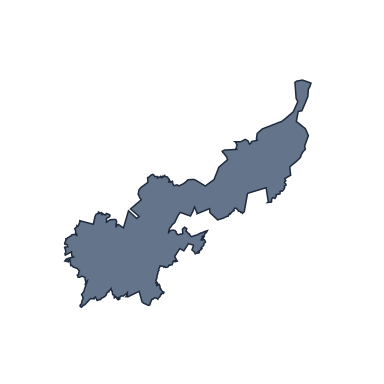 Iguala de la Independencia, Guerrero, Mexico (Equal Earth projection), rotated 218°
{"feature_id": "50627088B62189506174219", "entity_name": "Iguala de la Independencia", "entity_type": "district", "adm_level": 2, "iso_a3": "MEX", "parent_name": "Mexico", "parent_adm1": "Guerrero", "projection": "equal_earth", "projection_center": [-99.567, 18.192], "detail": "fine", "context": "isolated", "style": "filled", "palette": "slate", "viewbox_px": 384, "rotation_deg": 218, "n_neighbors": 0, "source": "geoboundaries", "source_scale": "gbopen_adm2", "svg_char_len": 6003}
<svg xmlns="http://www.w3.org/2000/svg" viewBox="0 0 384 384"><g transform="rotate(218 192 192)"><path d="M165.3,351.1L173.9,348.2L177.8,343.8L178.4,341.8L167.6,329.9L164.2,328.3L162.1,319.7L161.5,317.8L164.5,303.4L175.4,285.1L176.7,278.3L174.0,273.6L172.4,273.0L176.2,268.3L175.6,266.9L176.2,265.1L179.2,266.7L182.4,266.3L184.6,261.5L189.0,258.1L187.4,258.1L186.9,257.3L185.9,257.1L185.2,256.3L185.1,255.6L184.2,253.9L184.2,253.2L183.1,253.0L192.2,245.1L193.3,242.7L191.7,242.1L191.2,242.4L190.3,241.9L186.1,240.9L183.9,239.3L186.1,228.0L182.3,215.5L185.2,204.9L196.9,203.5L198.7,202.8L202.8,199.0L203.0,196.7L203.9,193.1L205.8,189.3L206.7,188.6L208.1,188.5L210.0,186.0L212.0,186.6L213.6,187.8L213.6,188.1L214.2,188.3L214.3,187.6L215.3,186.8L215.1,186.4L215.8,186.3L215.9,187.1L216.6,187.0L216.7,186.2L217.6,188.0L218.9,188.0L220.4,188.7L223.1,187.7L223.5,188.0L223.6,187.4L223.9,187.6L224.1,186.0L224.7,186.5L225.0,186.3L225.1,185.7L224.6,184.7L225.2,184.4L226.3,184.9L226.3,183.8L227.3,183.5L227.3,182.6L227.8,181.7L228.9,182.8L230.9,181.3L233.1,182.0L233.9,181.6L234.7,180.1L235.1,176.9L235.9,176.1L232.7,172.4L235.0,164.3L235.1,161.1L232.9,156.9L232.4,157.0L229.7,155.3L227.2,154.7L230.0,140.8L218.7,140.2L219.4,137.1L230.5,138.1L223.9,121.5L230.2,121.1L230.5,120.5L230.6,119.7L230.4,119.2L230.6,118.6L230.4,118.6L230.4,118.0L231.3,118.7L233.1,122.3L235.1,123.3L236.8,122.2L239.5,119.7L240.1,117.6L240.5,117.2L240.7,116.2L240.5,115.6L240.8,115.4L241.1,116.2L242.8,117.9L242.9,119.4L242.3,120.2L241.7,121.8L242.2,123.1L243.0,123.4L246.9,122.2L246.2,122.1L246.1,121.6L246.0,121.0L246.5,120.3L250.2,119.9L249.3,118.9L251.5,119.1L252.0,118.2L252.3,118.7L253.1,118.8L253.0,118.5L253.6,118.9L252.7,117.3L253.3,116.7L253.8,115.2L253.4,113.1L249.9,105.8L262.8,100.3L261.8,99.2L261.2,96.3L260.7,95.1L261.2,94.1L261.9,94.4L261.4,93.1L261.9,90.9L259.7,89.7L258.6,88.1L256.6,87.6L256.0,87.0L258.2,86.5L260.1,84.7L260.4,84.1L260.3,82.6L261.0,81.6L261.2,80.6L262.0,78.9L261.8,78.2L262.2,77.6L262.6,77.4L261.7,76.4L260.8,73.2L260.3,72.7L259.5,72.6L258.7,73.5L257.8,73.6L256.2,72.3L257.3,71.1L258.2,70.5L258.3,69.9L255.9,68.4L254.6,67.1L254.0,65.0L253.0,64.2L250.1,70.6L247.5,67.8L245.4,67.9L248.8,63.4L248.6,62.2L249.8,61.9L249.7,59.3L246.3,60.9L246.9,62.3L246.8,63.8L242.6,59.7L242.6,60.0L239.4,59.8L235.3,61.1L232.0,60.4L231.8,58.9L230.6,57.3L231.2,55.9L230.8,55.9L229.4,54.7L227.9,55.7L227.3,57.4L226.8,57.9L224.0,58.8L220.3,55.6L219.8,57.6L218.8,54.8L219.2,54.6L219.4,53.7L218.8,53.9L218.4,53.4L215.9,46.7L215.9,43.1L213.8,42.4L213.5,41.8L212.3,41.3L211.5,37.9L211.0,37.3L210.4,35.7L210.1,35.5L210.4,34.6L210.1,34.1L210.4,33.8L209.5,32.9L208.1,33.2L207.8,36.0L207.0,37.4L206.4,45.4L203.3,47.5L204.0,48.4L203.6,49.8L200.0,48.1L198.6,50.3L197.9,50.8L197.8,52.9L197.1,54.0L196.2,56.6L196.4,57.4L196.2,57.7L197.0,60.4L196.5,61.8L196.1,62.1L196.3,62.9L196.6,63.0L196.2,65.0L196.3,66.0L195.2,65.0L194.1,64.8L191.3,62.3L190.0,62.8L188.0,60.7L187.8,61.3L188.1,62.6L187.8,62.7L184.7,61.6L183.8,61.6L183.5,62.2L184.8,62.7L185.2,63.4L184.8,63.7L183.9,63.3L183.3,63.5L184.0,64.3L184.0,65.8L183.6,66.7L182.0,67.7L181.8,69.2L181.0,71.3L181.0,73.0L179.8,71.4L179.6,68.9L178.5,70.0L178.0,69.8L172.5,81.2L163.8,74.7L161.5,74.6L156.8,75.8L156.1,76.1L155.8,77.1L156.4,79.1L156.9,79.3L157.0,81.0L157.6,82.5L156.5,83.9L156.5,85.5L156.3,85.7L154.3,86.6L152.9,86.5L153.2,87.9L152.9,90.1L153.4,91.6L153.1,92.2L153.5,92.5L153.3,93.6L152.2,94.2L152.1,95.1L152.4,95.8L153.5,95.3L156.4,96.0L156.8,96.4L157.3,96.0L159.2,98.0L160.9,99.0L161.5,98.7L161.5,97.9L162.2,96.5L162.7,96.9L162.4,98.0L163.2,99.1L163.7,99.1L164.3,98.0L164.6,98.0L164.3,99.2L166.3,100.3L166.4,102.0L168.3,105.2L168.8,106.9L169.7,108.4L169.8,110.0L170.4,110.2L171.0,111.5L171.1,112.6L171.7,114.1L169.0,115.6L168.0,115.4L168.0,115.9L167.4,116.5L166.9,116.7L166.5,116.3L165.5,117.0L164.7,118.7L165.1,119.4L165.0,120.3L164.8,120.6L164.4,120.5L162.9,122.5L164.1,126.1L163.9,126.5L163.7,126.2L162.9,126.5L163.3,127.1L163.1,127.6L162.4,127.9L162.0,127.5L161.8,128.4L161.2,128.1L161.0,128.4L165.9,130.5L166.8,139.9L162.2,140.6L163.0,149.1L158.3,150.9L157.6,150.2L156.5,146.4L152.8,146.1L151.4,145.2L150.7,146.8L149.1,148.0L149.1,149.2L149.8,149.5L150.3,148.4L150.5,148.8L149.3,152.2L149.8,152.5L149.3,153.6L150.4,153.9L149.9,157.2L150.9,158.7L150.6,160.4L150.7,161.1L152.8,162.0L154.1,161.1L154.3,160.3L155.2,160.0L154.6,161.5L155.4,161.7L154.8,162.3L156.4,162.9L156.3,163.5L155.0,163.1L154.9,163.6L154.9,164.5L155.8,164.6L155.7,165.7L156.3,167.1L156.1,167.1L155.8,169.1L156.1,171.0L157.6,168.9L158.7,166.9L158.9,166.1L159.8,165.2L161.2,162.2L161.4,161.4L162.5,160.2L164.9,156.4L168.0,156.9L168.3,157.4L170.6,157.1L171.4,157.6L172.5,157.5L173.0,158.1L173.5,159.9L176.2,159.7L176.6,156.7L173.8,153.8L174.1,152.3L175.1,151.9L176.5,149.8L177.4,149.5L178.3,150.0L179.1,149.8L180.0,150.9L181.6,151.2L183.5,150.3L185.1,148.7L185.5,145.6L186.2,146.6L186.6,148.1L187.4,149.5L187.2,151.5L187.4,154.2L186.8,157.0L188.6,165.2L188.7,168.7L178.4,172.1L179.6,178.3L180.1,179.1L180.7,181.8L175.5,178.7L174.7,178.9L174.5,178.2L167.9,189.7L165.2,186.8L154.6,185.8L151.4,190.4L149.1,194.9L148.6,195.1L149.1,197.8L149.1,198.1L148.3,198.1L148.3,200.9L147.4,203.3L148.2,203.4L148.3,205.6L147.9,206.1L147.0,206.2L144.7,206.1L143.8,205.5L142.0,206.3L141.0,205.9L140.1,206.8L139.1,206.3L138.7,208.7L147.3,224.9L146.8,226.0L136.2,241.0L125.7,231.1L125.9,230.4L123.3,232.8L123.5,233.9L124.3,234.3L124.8,235.4L124.8,237.0L124.4,237.7L122.7,237.9L122.9,240.2L124.1,241.8L122.6,243.2L122.2,244.1L121.6,244.4L121.9,245.4L123.0,246.7L122.6,247.5L121.6,248.0L121.2,248.8L121.3,251.1L121.7,252.6L122.9,253.3L122.9,253.8L122.1,255.1L122.3,255.6L123.0,256.1L124.9,256.3L125.4,257.1L125.0,258.6L127.1,259.5L124.6,266.0L130.3,271.8L130.0,274.2L128.5,280.7L127.9,285.3L128.0,286.6L128.8,288.4L129.3,291.9L129.0,295.5L131.0,297.0L131.6,297.8L135.0,308.1L141.7,311.7L153.2,311.8L157.9,320.9L155.4,323.7L159.4,338.4L163.6,344.7L164.0,347.7L165.3,351.1Z" fill="#64748b" stroke="#1e293b" stroke-width="1.5"/></g></svg>